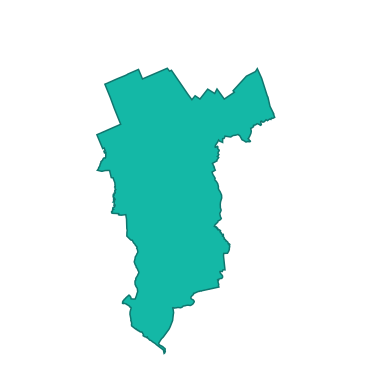 the district of Sfantu Gheorghe, Covasna, Romania, rotated 245°
{"feature_id": "2599482B96235819306010", "entity_name": "Sfantu Gheorghe", "entity_type": "district", "adm_level": 2, "iso_a3": "ROU", "parent_name": "Romania", "parent_adm1": "Covasna", "projection": "mercator", "projection_center": [25.764, 45.85], "detail": "fine", "context": "isolated", "style": "filled", "palette": "teal", "viewbox_px": 384, "rotation_deg": 245, "n_neighbors": 0, "source": "geoboundaries", "source_scale": "gbopen_adm2", "svg_char_len": 5984}
<svg xmlns="http://www.w3.org/2000/svg" viewBox="0 0 384 384"><g transform="rotate(245 192 192)"><path d="M276.2,303.3L274.5,300.7L274.3,300.1L274.0,290.3L266.4,272.0L264.5,272.5L262.6,260.5L274.8,258.2L271.7,254.2L278.6,249.7L272.9,238.5L277.9,235.5L275.7,230.9L282.1,229.6L311.0,224.8L311.0,222.7L314.6,221.9L315.4,194.9L325.7,195.3L326.0,183.5L325.8,182.7L325.8,180.3L326.2,172.4L326.5,158.6L312.2,157.9L300.5,156.9L283.5,156.0L284.1,130.0L269.0,129.4L269.0,131.0L266.1,130.8L266.2,129.4L264.4,129.2L264.2,130.6L259.9,128.4L259.4,127.8L260.0,126.9L260.0,126.1L259.3,125.0L258.6,124.4L258.0,122.3L257.1,121.9L256.5,121.0L256.3,121.0L255.4,120.0L254.4,119.3L253.6,117.8L252.4,116.8L251.7,115.4L249.0,118.8L248.7,119.6L248.2,122.2L247.1,124.9L246.3,126.4L239.2,124.9L238.0,126.6L237.1,126.3L232.9,126.0L231.0,125.2L229.7,125.0L229.4,124.8L229.6,124.4L228.8,123.6L229.0,124.1L228.7,124.3L227.8,123.8L226.9,123.7L226.4,123.9L226.0,123.2L226.7,122.7L226.0,122.8L225.4,122.6L225.3,122.3L223.8,122.2L223.5,121.8L223.9,121.1L222.6,120.3L223.1,119.8L222.8,119.5L222.1,119.8L221.7,119.5L221.9,119.2L221.8,118.8L220.8,118.5L220.5,118.6L219.5,118.3L219.6,118.9L219.5,119.1L218.5,119.2L218.3,119.0L218.8,118.9L218.4,118.3L218.2,119.0L217.6,119.1L217.4,118.6L217.8,118.2L217.8,117.5L217.0,117.5L216.4,116.6L216.3,117.2L216.0,117.5L215.4,116.9L214.0,116.5L212.9,115.6L212.7,115.7L213.2,116.4L213.1,116.7L212.2,116.5L211.8,115.9L211.4,115.7L211.1,115.2L211.1,114.8L211.4,114.4L211.2,113.7L210.7,113.3L209.6,113.5L209.9,112.9L209.2,112.3L208.2,111.9L208.0,111.6L208.3,111.1L208.2,110.8L207.1,110.4L206.7,110.5L206.2,111.1L203.4,116.4L202.5,115.9L202.2,116.4L201.9,116.3L200.8,118.3L199.5,122.4L195.1,121.2L186.5,117.5L184.7,117.1L183.0,116.0L179.6,114.3L175.0,116.0L174.1,116.5L173.4,117.6L171.7,117.5L170.5,117.6L168.9,118.2L167.7,118.2L165.5,118.9L164.7,118.6L164.4,118.1L163.0,118.2L160.8,117.7L160.0,117.2L159.1,115.7L158.2,114.9L157.2,113.2L155.5,112.1L153.1,110.1L150.1,109.8L148.7,110.0L147.1,109.6L145.8,110.1L144.6,109.9L141.9,110.0L140.9,109.3L140.4,108.5L138.9,106.8L138.0,105.2L137.0,104.2L136.1,103.9L135.8,103.5L135.6,102.9L134.6,102.3L132.0,101.3L131.0,101.5L130.1,101.3L127.8,101.7L124.5,100.6L123.3,99.3L121.5,97.8L119.1,95.3L119.5,94.1L120.9,91.6L122.4,92.1L124.6,91.7L125.2,91.3L124.1,87.5L123.5,86.3L123.3,85.2L122.7,84.4L122.3,83.3L121.6,82.9L121.6,82.6L120.4,82.0L119.9,82.6L120.1,82.9L119.6,83.7L118.1,85.2L117.6,85.3L117.4,85.7L115.6,86.6L115.4,87.0L114.1,87.4L113.8,87.2L113.1,87.9L112.3,87.6L109.5,85.2L107.4,84.1L102.6,82.9L101.3,82.2L100.0,82.2L98.2,81.7L97.4,81.1L96.2,80.7L91.8,82.9L91.7,83.4L91.0,83.4L90.8,83.7L90.0,84.0L89.7,84.5L89.2,84.5L88.7,84.9L88.7,85.2L87.6,85.6L86.9,86.2L86.8,86.7L86.5,86.8L86.1,87.5L83.2,87.7L82.5,87.0L82.2,87.0L81.9,87.4L81.0,87.8L80.2,88.9L79.3,89.3L79.3,90.0L79.0,89.8L77.3,90.6L75.8,91.0L74.4,92.3L73.1,92.8L70.1,94.7L68.9,95.1L60.9,99.3L57.5,98.5L57.7,99.3L58.9,100.5L59.6,100.5L60.5,101.1L61.5,101.4L62.3,100.9L64.3,100.1L67.2,97.9L69.0,97.8L71.1,101.0L71.9,102.4L72.7,104.7L77.4,113.2L79.1,115.3L83.7,120.1L88.9,123.3L90.3,124.3L93.6,125.3L95.1,125.5L95.2,125.8L95.0,126.2L94.2,127.0L94.2,127.5L93.8,128.4L93.3,130.5L91.9,132.7L91.8,134.2L92.0,135.0L92.3,135.7L92.2,136.6L91.8,137.4L91.8,138.2L91.4,139.8L91.1,140.6L89.9,142.4L89.8,143.0L90.0,144.9L90.3,145.8L91.5,147.6L92.0,147.8L93.5,147.6L95.1,146.4L95.8,146.1L96.3,146.1L97.3,146.8L98.0,148.2L98.4,149.7L98.7,150.2L99.5,150.6L99.2,151.6L99.2,155.5L98.8,156.7L98.9,157.5L98.3,158.4L98.3,159.4L94.5,176.2L96.1,176.5L97.0,177.2L99.6,177.5L100.9,178.7L101.1,179.5L101.0,178.1L101.5,178.0L101.7,178.5L101.6,179.3L101.6,181.1L101.1,182.4L101.8,183.7L102.9,184.2L104.5,184.0L106.2,183.4L107.2,183.4L108.1,183.7L107.7,184.9L107.2,185.5L107.1,185.8L108.3,187.1L108.1,187.9L107.5,189.0L119.5,193.1L121.3,193.8L122.9,194.8L121.5,198.3L123.0,200.4L124.1,201.5L125.7,202.3L125.9,202.6L126.8,203.2L127.8,203.3L128.1,203.8L128.4,203.5L128.9,204.0L129.2,203.9L129.6,203.4L129.7,203.0L131.2,203.3L131.8,203.1L132.8,202.7L133.1,202.2L133.5,202.4L135.1,201.9L135.6,201.3L135.9,201.3L136.2,201.7L136.7,201.8L137.9,201.6L138.5,201.7L139.1,201.0L140.0,201.5L139.6,201.9L139.6,202.2L140.2,202.4L140.5,202.4L141.0,201.3L141.4,201.1L142.9,201.2L143.1,200.6L143.3,200.6L143.6,200.9L144.3,200.8L144.6,201.2L144.8,200.9L145.3,201.3L145.9,201.0L146.3,200.2L146.7,199.9L146.8,200.3L147.4,199.9L147.3,199.7L148.5,199.9L148.9,199.6L148.8,199.3L149.2,199.4L149.2,199.1L149.7,198.8L150.2,199.2L150.4,199.1L150.5,198.9L150.4,198.5L151.4,197.7L152.8,199.4L152.9,200.2L153.3,201.0L153.6,202.3L154.9,203.7L154.7,204.5L155.0,206.3L155.7,207.4L157.5,207.3L160.7,208.0L162.9,210.5L163.9,210.9L165.5,211.0L168.9,212.4L171.0,213.7L174.0,216.4L176.7,217.5L180.4,217.6L182.5,217.3L184.2,217.4L185.6,218.2L188.6,218.8L191.4,218.5L192.9,217.9L194.2,218.1L194.7,218.8L199.3,218.3L201.6,218.6L201.9,222.3L205.2,222.4L205.2,222.7L209.3,222.6L209.7,227.8L210.3,227.8L212.0,230.8L213.6,230.0L213.8,231.0L214.6,232.2L216.0,231.8L217.4,232.9L217.8,234.0L218.5,234.3L220.5,233.6L221.9,234.5L222.6,234.4L222.7,234.0L222.4,232.7L222.7,232.0L223.1,232.0L224.5,233.1L226.6,236.6L227.9,238.1L226.1,238.7L225.3,239.6L224.0,240.7L227.4,242.3L227.0,243.5L227.4,244.3L228.7,245.5L225.6,250.1L225.5,250.9L225.8,252.5L225.8,253.2L225.1,255.4L224.7,258.0L222.7,259.1L218.2,259.4L216.2,261.0L214.7,261.8L214.4,262.3L214.2,263.9L213.8,264.2L213.8,264.9L213.2,265.4L213.1,265.7L213.2,266.3L213.6,266.4L214.6,265.9L215.9,265.7L216.6,265.4L217.0,266.4L217.4,266.6L217.9,267.5L220.3,270.2L222.0,271.4L224.8,272.1L224.7,272.3L224.9,274.0L225.2,275.4L226.4,275.9L226.0,277.9L226.4,279.9L224.6,281.7L224.3,281.7L223.4,282.4L223.7,283.3L226.5,283.8L226.9,284.1L226.9,284.9L226.5,285.2L225.6,285.4L225.1,286.6L225.3,287.7L226.2,289.7L224.8,290.5L225.3,293.1L224.4,294.2L225.3,295.2L224.6,296.3L224.7,298.5L228.2,298.7L228.2,299.1L236.7,298.9L245.9,300.9L247.2,300.8L265.7,303.2L276.2,303.3Z" fill="#14b8a6" stroke="#0f766e" stroke-width="1.5"/></g></svg>